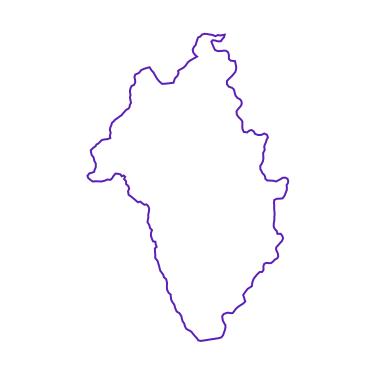 Colinas do Tocantins, Tocantins, Brazil, rotated 163°
{"feature_id": "56859067B57184865467737", "entity_name": "Colinas do Tocantins", "entity_type": "district", "adm_level": 2, "iso_a3": "BRA", "parent_name": "Brazil", "parent_adm1": "Tocantins", "projection": "orthographic", "projection_center": [-48.535, -8.07], "detail": "fine", "context": "isolated", "style": "outline", "palette": "violet", "viewbox_px": 384, "rotation_deg": 163, "n_neighbors": 0, "source": "geoboundaries", "source_scale": "gbopen_adm2", "svg_char_len": 4325}
<svg xmlns="http://www.w3.org/2000/svg" viewBox="0 0 384 384"><g transform="rotate(163 192 192)"><path d="M114.7,332.9L118.8,333.3L121.3,334.5L124.1,334.2L126.6,336.3L128.8,337.3L130.7,338.3L133.6,339.6L136.5,339.6L138.6,338.2L140.7,338.1L142.1,336.6L144.0,333.9L145.5,331.5L147.8,330.1L149.7,328.0L150.0,325.0L148.9,322.1L147.6,320.0L155.2,318.3L158.1,317.2L161.2,314.7L163.8,313.4L167.9,312.5L169.9,311.9L170.2,309.5L172.0,307.3L175.1,305.7L177.8,301.9L181.8,302.6L185.5,303.3L188.9,304.1L190.9,307.2L192.3,310.5L193.9,317.6L195.2,320.3L196.1,323.7L198.6,323.8L201.8,323.8L205.0,323.4L207.9,321.4L210.0,321.1L211.9,320.9L213.5,318.7L213.6,315.9L214.3,313.3L216.2,311.3L218.7,311.1L220.2,309.5L221.6,307.3L222.2,305.0L222.4,302.8L223.7,300.6L224.0,297.9L224.3,295.0L225.9,293.6L226.8,291.6L228.4,290.3L230.9,289.8L232.9,288.6L234.9,287.4L236.7,286.1L239.4,285.3L242.3,284.2L244.5,283.6L246.2,282.5L248.4,281.5L249.5,279.6L251.1,277.8L252.3,275.7L252.5,272.4L254.1,269.6L254.4,267.4L257.5,267.3L260.6,267.9L263.0,268.1L265.4,266.8L267.5,265.7L269.5,265.4L270.8,264.0L273.6,263.1L276.6,261.5L277.0,258.9L277.1,256.7L276.0,253.9L276.3,250.2L275.7,247.2L276.8,243.8L278.7,241.6L279.7,239.9L282.0,239.7L284.7,239.8L287.2,238.1L287.2,235.9L285.9,233.7L283.8,231.0L281.1,230.5L278.4,229.5L275.3,228.5L272.1,228.3L269.6,228.7L266.3,227.5L264.3,228.6L262.5,230.2L259.8,232.0L257.4,231.0L255.3,229.8L254.6,227.6L252.6,227.8L251.5,226.1L253.2,224.3L251.9,221.6L252.7,218.8L251.2,216.5L251.1,213.6L253.0,211.3L253.4,207.8L251.5,205.4L249.9,203.0L248.3,200.5L246.7,198.0L244.2,197.9L242.6,195.4L241.2,193.7L239.1,193.4L238.0,191.3L237.8,188.8L238.8,186.1L240.5,183.1L241.2,180.3L242.3,178.4L243.4,176.2L242.6,173.2L242.6,169.6L241.4,167.3L243.0,165.1L244.1,162.3L244.0,158.9L243.7,156.2L241.6,155.2L242.0,152.2L241.8,149.9L244.0,148.9L244.8,145.7L245.5,142.6L246.5,139.6L245.1,136.2L245.1,133.8L245.1,131.1L245.3,128.0L245.3,125.8L244.5,123.7L243.7,121.1L243.7,118.6L242.2,116.1L242.4,112.4L243.4,109.7L244.0,107.8L244.4,105.6L243.8,102.4L242.4,100.2L242.9,97.9L243.4,95.3L242.9,92.3L241.9,89.5L242.0,85.8L241.6,82.2L239.4,79.7L238.5,76.7L238.7,73.9L238.8,71.5L237.9,68.4L238.0,65.8L237.6,63.2L236.2,61.3L234.5,59.9L233.3,58.3L232.6,56.2L231.4,53.5L230.1,50.8L229.4,48.4L227.2,47.0L209.0,44.4L206.5,44.4L204.1,46.0L202.4,48.4L200.7,50.7L199.6,52.7L199.0,54.9L199.6,57.4L200.1,59.9L199.8,62.4L199.4,64.5L197.3,66.0L194.5,66.2L192.6,66.0L190.7,64.9L188.6,64.3L186.5,65.7L184.3,67.4L181.5,68.7L178.9,69.5L175.8,70.3L173.1,71.7L173.1,75.1L173.2,78.5L171.4,80.0L169.1,81.7L167.1,83.1L164.9,83.7L162.3,84.4L160.9,87.6L159.3,89.9L158.0,91.3L156.4,92.4L154.8,93.5L153.1,94.5L150.8,95.7L148.2,95.1L146.4,96.6L145.4,100.2L144.0,102.1L141.6,102.5L139.4,101.5L137.3,100.9L135.0,101.7L132.8,103.0L129.7,103.7L128.3,105.4L127.9,108.0L128.2,110.5L128.4,112.6L127.6,114.5L125.3,115.8L122.8,117.4L120.4,118.8L118.4,121.1L118.5,123.7L119.4,126.1L122.5,127.0L122.4,129.9L123.7,132.6L124.0,135.1L122.9,138.2L121.4,141.2L120.4,144.5L119.5,146.4L119.0,148.8L118.5,151.1L118.0,153.1L117.3,155.1L116.8,157.6L115.7,160.3L112.8,160.7L110.1,160.0L107.3,159.4L104.8,161.2L102.9,163.5L100.7,166.3L99.9,168.8L99.5,171.0L97.9,172.2L96.8,174.2L96.8,176.7L98.5,178.4L101.2,179.1L103.1,178.5L105.6,178.0L108.5,177.5L111.2,179.1L114.0,180.1L116.5,180.9L118.0,183.1L117.6,185.4L118.0,187.4L119.1,189.3L119.4,191.3L119.9,194.0L119.1,196.9L117.0,198.7L115.1,200.8L113.9,203.2L113.2,206.0L112.6,208.5L110.2,210.9L109.7,214.2L108.5,216.0L106.9,217.8L105.4,220.1L103.4,222.0L103.6,224.8L105.8,226.8L109.1,226.3L112.1,227.2L114.6,229.0L115.3,231.9L116.8,233.8L119.0,234.0L121.9,232.9L124.9,234.3L125.3,237.4L124.8,239.8L124.0,242.2L123.2,244.6L124.0,247.2L125.4,249.6L126.5,252.9L125.9,256.1L123.8,257.8L121.6,259.1L119.5,260.6L118.5,262.2L118.2,264.6L119.0,266.7L121.0,268.6L122.1,271.2L122.2,273.7L122.0,275.7L122.0,278.0L123.4,280.1L125.9,281.8L127.1,284.9L126.1,288.0L123.0,289.7L120.2,291.1L117.9,292.5L115.3,294.3L113.8,296.8L113.0,299.4L112.9,301.6L112.6,304.6L114.8,305.5L116.6,306.3L117.8,308.3L117.2,310.5L116.6,312.8L116.7,315.2L118.3,317.2L120.4,317.9L123.3,318.4L126.3,319.3L128.4,321.0L128.9,323.4L129.2,326.8L129.5,330.2L127.8,331.1L125.6,330.1L123.2,328.5L120.3,327.7L118.5,329.2L116.1,330.7L114.7,332.9Z" fill="none" stroke="#5b21b6" stroke-width="2"/></g></svg>